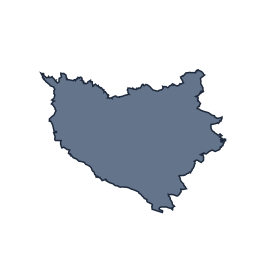 outline of Cristolt, Salaj, Romania, rotated 14°
{"feature_id": "2599482B97818467423140", "entity_name": "Cristolt", "entity_type": "district", "adm_level": 2, "iso_a3": "ROU", "parent_name": "Romania", "parent_adm1": "Salaj", "projection": "robinson", "projection_center": [23.442, 47.218], "detail": "fine", "context": "isolated", "style": "filled", "palette": "slate", "viewbox_px": 256, "rotation_deg": 14, "n_neighbors": 0, "source": "geoboundaries", "source_scale": "gbopen_adm2", "svg_char_len": 5775}
<svg xmlns="http://www.w3.org/2000/svg" viewBox="0 0 256 256"><g transform="rotate(14 128 128)"><path d="M190.9,195.8L190.6,194.8L191.5,193.0L192.0,192.8L191.2,192.1L190.1,192.0L189.8,191.6L188.7,189.4L186.3,187.0L185.9,185.9L185.3,185.0L183.6,184.1L184.1,183.2L183.3,182.6L188.3,181.7L191.7,182.2L192.6,181.9L194.2,179.3L194.3,178.1L195.0,177.0L194.0,174.5L195.8,174.5L199.4,172.8L196.7,170.4L196.2,170.5L195.5,168.9L192.4,167.0L191.3,165.5L190.5,163.7L189.0,162.2L189.4,161.8L193.1,160.7L194.8,159.8L196.2,158.1L197.3,157.5L198.5,156.3L198.4,156.0L198.8,155.8L199.5,156.2L199.5,155.4L200.4,153.2L200.2,152.6L201.0,151.1L201.5,148.6L201.2,147.8L201.7,146.3L200.7,144.5L200.3,144.3L200.5,144.0L201.4,143.8L201.6,143.0L202.8,142.4L207.3,143.7L209.1,141.2L208.3,137.6L207.1,136.1L206.5,136.1L206.1,136.6L204.9,136.4L205.5,136.0L205.5,135.5L206.1,134.9L207.2,135.0L207.8,134.7L207.7,133.9L209.2,134.3L210.0,134.3L211.6,132.5L212.0,131.6L215.0,129.0L218.2,129.7L221.9,126.9L222.3,126.3L222.3,123.9L223.2,124.0L223.4,122.8L224.3,122.2L224.3,119.5L224.7,119.3L224.6,117.2L225.7,116.8L225.5,115.4L224.8,115.6L224.3,115.3L223.2,117.0L222.8,118.8L221.7,119.0L221.4,118.8L221.7,117.1L220.8,117.2L220.6,116.9L222.5,115.6L219.6,114.6L219.4,114.7L219.2,114.6L219.5,114.3L219.0,114.0L221.0,112.7L218.8,111.5L217.7,112.7L217.0,113.1L214.4,112.0L213.7,112.0L212.1,110.8L211.1,110.7L210.2,110.1L208.8,108.4L208.4,107.4L207.6,104.6L212.1,102.5L213.6,101.3L214.5,101.7L215.4,100.1L215.3,98.9L216.5,98.8L216.5,97.6L216.9,96.0L216.5,94.6L215.5,95.7L212.3,97.0L209.6,96.4L209.4,95.7L208.7,95.1L206.8,95.4L202.4,93.7L197.0,93.5L193.9,93.1L192.7,92.5L190.5,92.4L190.6,91.0L192.0,89.8L192.0,89.1L191.7,89.0L192.4,86.7L189.9,84.9L189.1,84.8L189.4,84.1L188.7,83.6L188.9,82.1L188.1,80.7L186.6,81.3L186.0,81.1L188.7,79.0L189.1,78.2L189.0,77.8L189.2,77.5L189.2,76.9L189.7,76.7L190.4,77.5L190.1,76.8L190.3,76.2L189.9,75.6L190.6,75.5L190.3,74.6L190.9,74.7L191.1,75.5L192.4,74.4L190.9,71.6L191.1,71.0L190.4,70.5L189.5,69.1L187.9,67.5L187.3,64.6L186.3,62.6L187.0,61.3L189.5,58.1L188.7,57.9L187.8,56.8L186.5,55.9L185.1,55.3L182.9,55.0L181.3,54.3L182.0,55.2L181.6,55.6L180.9,55.4L180.2,56.4L180.4,57.2L179.9,57.6L180.1,58.0L179.8,58.2L179.2,58.1L176.1,59.0L174.8,59.0L170.8,60.6L169.2,64.0L168.6,64.4L168.2,64.2L167.4,65.3L166.7,65.8L167.0,66.1L167.2,66.7L170.0,69.6L170.2,70.2L170.9,70.7L168.9,72.4L167.8,72.4L167.9,73.0L167.2,73.4L167.0,74.4L166.4,74.8L165.1,75.3L162.7,74.9L161.8,75.5L161.9,74.6L160.5,74.4L159.7,75.5L159.6,76.2L158.1,77.1L157.4,78.8L156.9,79.3L154.7,78.7L153.5,78.9L152.9,79.4L151.6,79.2L152.4,81.0L151.7,82.5L149.0,84.0L148.5,84.8L147.4,85.1L143.0,85.1L138.7,82.3L136.0,81.4L134.9,81.4L133.4,83.1L132.7,82.9L132.2,82.0L131.9,82.0L131.2,82.6L130.6,85.4L130.0,86.4L128.7,86.5L128.1,87.0L128.2,87.4L126.7,87.4L126.8,88.6L125.0,88.9L123.3,88.2L123.5,88.9L120.1,88.9L118.3,89.3L118.4,90.3L118.1,91.3L119.0,92.2L119.5,93.7L120.8,94.9L120.3,94.9L119.6,95.9L117.8,96.6L114.6,98.8L112.3,99.7L112.3,100.2L111.4,100.2L110.3,100.7L108.5,99.9L107.4,100.3L105.2,102.2L105.0,102.4L105.4,103.2L104.3,103.0L103.6,103.2L103.2,103.7L102.1,103.3L100.9,103.7L101.3,102.7L101.0,102.6L101.0,102.2L100.6,101.6L101.3,101.1L101.0,100.6L100.3,100.7L99.1,100.0L97.2,98.3L96.6,98.5L96.1,99.1L96.0,98.1L95.4,97.5L95.4,96.8L94.8,96.7L94.5,97.1L92.5,95.4L91.9,95.9L91.2,95.4L90.5,95.6L90.3,95.0L88.9,94.7L88.8,94.0L88.2,94.4L87.4,94.4L85.8,93.3L84.8,94.3L84.2,95.9L83.7,96.1L83.5,94.9L82.6,93.5L82.2,91.8L81.4,91.8L80.6,92.3L80.1,90.8L77.9,93.1L77.9,94.1L76.5,95.2L75.6,94.9L75.3,95.4L74.8,95.2L74.2,95.4L74.1,94.5L73.5,94.4L73.6,93.4L72.1,93.2L72.6,93.0L72.2,92.6L71.4,92.5L71.5,91.4L71.1,90.6L69.8,90.1L68.7,90.8L68.6,91.4L67.2,91.0L67.0,92.4L66.5,92.4L66.5,92.9L65.8,93.4L65.6,94.8L64.3,94.0L64.2,93.5L64.0,94.7L63.5,95.3L58.5,95.5L57.0,95.9L56.9,94.7L56.3,94.9L55.1,91.9L54.5,91.3L53.1,91.1L52.6,90.6L51.3,91.0L49.5,91.1L49.9,92.3L51.0,94.4L50.4,95.6L49.2,96.4L49.5,98.3L50.0,99.6L49.6,100.4L48.4,101.4L47.3,100.3L46.4,100.1L46.6,99.1L45.8,99.6L43.8,97.8L42.6,97.5L42.0,96.5L40.2,98.0L39.4,98.0L38.5,97.2L38.3,98.3L36.7,98.9L33.6,97.4L32.9,95.6L32.2,95.7L31.8,96.3L30.3,95.9L32.9,98.8L33.1,99.2L32.8,99.5L34.4,101.1L34.9,100.7L35.2,101.5L36.8,102.4L36.9,102.8L41.5,104.9L42.3,105.8L45.9,106.2L47.6,108.2L47.0,110.0L47.8,111.5L47.7,112.6L49.0,113.5L49.1,116.6L48.8,117.4L47.2,119.3L49.9,119.7L49.1,120.2L48.6,121.1L48.7,121.3L47.8,123.2L49.3,123.7L52.3,126.2L52.7,127.5L53.8,128.4L53.9,129.0L53.0,133.4L51.8,134.7L49.5,138.4L49.9,139.2L49.9,140.3L50.6,140.4L51.2,140.0L53.0,141.8L54.4,143.7L57.2,149.3L59.5,148.8L59.7,149.6L57.0,150.5L59.4,154.0L59.6,156.6L59.9,157.1L60.6,157.7L66.1,156.4L66.0,157.9L66.5,159.9L68.5,163.3L69.3,163.1L69.9,162.3L70.5,162.2L74.1,163.6L76.7,163.5L76.3,165.5L76.4,167.0L77.7,167.5L77.5,167.2L78.4,167.1L78.5,168.0L79.3,167.9L79.6,168.3L79.5,168.9L80.5,168.8L82.2,170.2L82.9,170.0L83.6,170.4L85.3,170.4L88.4,172.1L91.3,171.8L94.3,172.0L94.6,172.6L96.1,173.6L96.9,173.5L100.5,174.5L102.1,175.7L103.5,177.8L104.5,178.6L105.2,178.6L105.8,179.1L107.0,181.2L107.7,181.4L108.7,182.3L108.7,183.2L110.0,183.3L110.4,182.3L111.8,183.1L112.9,182.9L113.4,183.7L113.9,183.8L115.6,185.3L118.1,183.9L118.5,183.1L119.1,183.2L119.1,183.5L119.8,184.0L119.5,184.2L119.6,184.5L123.4,185.5L127.1,185.8L129.2,186.9L132.5,186.7L133.0,187.1L134.8,187.3L136.5,186.6L140.5,185.9L143.0,185.8L145.6,186.4L149.6,186.7L153.7,187.5L154.4,188.5L156.9,189.4L158.0,190.5L159.4,191.1L160.8,192.4L163.6,192.8L163.9,194.3L165.0,195.1L169.0,195.9L170.0,196.3L170.4,197.5L170.0,198.1L171.1,201.0L181.7,201.7L181.8,200.3L181.5,199.9L178.6,199.6L177.7,199.0L178.0,197.5L179.8,196.4L183.1,195.7L183.6,195.3L187.5,195.7L188.8,195.5L190.5,196.3L190.3,195.5L190.9,195.8Z" fill="#64748b" stroke="#1e293b" stroke-width="1.5"/></g></svg>